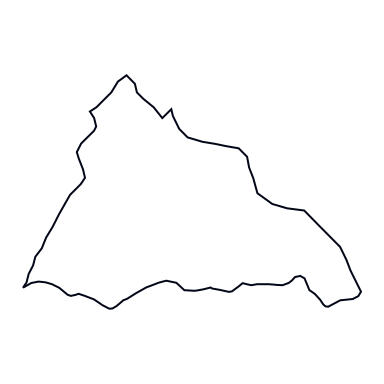 outline of Kimhwa, Kangwŏn-do, North Korea
{"feature_id": "82179303B18704732408852", "entity_name": "Kimhwa", "entity_type": "district", "adm_level": 2, "iso_a3": "PRK", "parent_name": "North Korea", "parent_adm1": "Kangwŏn-do", "projection": "robinson", "projection_center": [127.616, 38.445], "detail": "fine", "context": "isolated", "style": "outline", "palette": "ink", "viewbox_px": 384, "rotation_deg": 0, "n_neighbors": 0, "source": "geoboundaries", "source_scale": "gbopen_adm2", "svg_char_len": 1691}
<svg xmlns="http://www.w3.org/2000/svg" viewBox="0 0 384 384"><path d="M171.3,109.2L162.3,118.1L153.8,107.4L143.3,98.8L136.9,92.4L134.9,83.8L126.5,75.3L117.9,81.6L111.4,92.3L102.8,100.9L96.4,107.3L89.9,111.5L94.1,118.0L96.2,126.5L94.0,130.8L85.4,139.3L81.1,143.6L76.8,152.1L78.8,158.6L83.0,169.3L85.0,177.8L80.7,184.2L70.0,194.9L59.1,214.1L52.6,226.9L46.1,237.6L41.8,248.3L35.3,256.8L33.1,265.4L28.7,273.9L26.5,282.5L23.0,287.7L31.3,283.0L38.4,281.6L41.7,281.9L45.4,282.3L48.6,283.2L52.0,284.2L56.8,286.6L59.1,287.7L67.7,294.8L70.9,295.9L75.7,294.8L78.6,293.8L84.3,295.7L85.9,296.3L89.3,297.6L94.0,299.4L102.5,305.2L109.3,308.7L112.4,308.5L116.5,306.1L120.3,302.9L123.4,300.2L124.9,299.7L127.3,298.7L132.8,295.2L135.3,293.6L137.8,292.2L146.1,287.5L159.0,282.6L163.1,281.5L166.4,280.7L171.1,281.7L176.4,282.8L183.4,289.3L184.4,290.2L194.8,290.8L198.1,290.3L204.0,289.2L210.6,287.5L212.1,288.5L219.4,289.8L222.2,290.4L229.0,291.9L231.6,291.4L232.1,291.3L232.6,290.9L238.8,286.3L241.7,283.9L242.6,283.2L249.4,284.8L251.2,285.2L253.7,284.8L257.0,284.2L265.8,284.2L268.6,284.2L273.9,284.6L275.6,284.8L276.7,284.9L282.6,285.2L288.8,282.9L291.8,280.6L295.0,277.1L300.2,275.9L301.4,276.6L304.5,278.3L308.5,287.9L309.4,290.2L310.4,290.8L314.8,293.9L318.4,297.8L320.2,299.8L321.2,301.3L323.4,304.6L325.6,306.4L326.3,306.5L328.2,306.7L331.0,305.2L340.3,300.3L352.8,299.0L358.0,296.3L358.4,296.0L361.0,291.7L350.5,270.5L346.4,259.8L340.1,246.9L329.5,236.2L318.9,225.5L304.2,210.5L287.1,208.3L272.3,204.0L257.4,193.2L253.3,178.3L249.1,167.5L247.1,156.8L238.7,148.3L225.9,146.1L215.3,143.9L202.5,141.8L187.6,137.4L179.2,128.9L172.9,116.0L171.3,109.2Z" fill="none" stroke="#020617" stroke-width="2"/></svg>